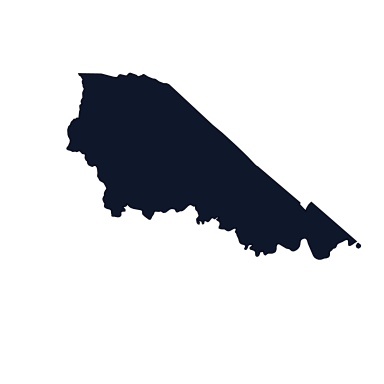 Kentucky, Natural Earth projection, rotated 221°
{"feature_id": "USA-3548", "entity_name": "Kentucky", "entity_type": "State", "adm_level": 1, "iso_a3": "USA", "parent_name": "United States of America", "parent_adm1": "", "projection": "natural_earth1", "projection_center": [-85.417, 37.822], "detail": "fine", "context": "isolated", "style": "filled", "palette": "ink", "viewbox_px": 384, "rotation_deg": 221, "n_neighbors": 0, "source": "natural_earth", "source_scale": "10m", "svg_char_len": 6039}
<svg xmlns="http://www.w3.org/2000/svg" viewBox="0 0 384 384"><g transform="rotate(221 192 192)"><path d="M43.1,258.5L44.3,257.9L45.2,256.5L46.3,253.4L48.1,249.7L48.4,248.3L48.4,247.1L47.7,245.3L47.6,244.2L47.8,243.5L48.8,242.2L48.9,241.6L48.8,239.9L49.2,237.6L49.0,236.7L47.5,235.0L46.7,233.7L46.7,232.3L47.6,230.7L49.1,229.0L50.6,226.3L51.0,225.8L52.5,224.5L54.3,223.8L56.3,223.5L58.4,223.9L70.0,229.5L73.1,231.5L74.8,232.0L76.4,231.8L77.6,230.5L78.6,228.4L78.6,226.7L77.8,225.1L76.5,223.2L75.6,221.4L75.3,219.5L75.5,217.4L76.3,215.2L76.8,214.5L77.4,213.9L78.1,213.5L79.0,213.4L80.9,213.4L81.6,213.2L84.1,211.8L92.0,210.4L93.4,209.5L93.7,208.0L92.8,205.7L91.3,204.1L90.6,202.6L90.3,201.6L90.6,200.4L91.2,199.2L91.7,198.5L94.1,196.4L94.8,195.7L95.2,194.5L95.3,193.5L95.5,192.8L96.4,192.6L97.2,192.9L98.7,193.9L99.5,194.1L99.7,193.7L101.7,191.6L100.4,188.4L100.3,187.7L100.6,186.6L101.3,186.1L102.2,186.3L103.0,187.0L103.7,187.8L104.3,188.4L105.1,188.8L106.1,189.0L106.9,188.9L108.6,188.3L109.0,188.3L109.4,187.9L110.1,187.5L110.8,187.5L111.3,187.9L111.4,188.6L110.9,190.3L111.0,191.2L112.0,191.8L113.3,191.3L114.4,190.1L114.8,188.7L114.6,187.6L113.9,186.0L113.7,184.8L113.8,184.2L114.2,183.8L114.6,183.8L114.9,183.9L115.1,184.3L115.1,185.2L115.2,185.7L116.7,187.1L118.3,186.8L120.1,185.8L121.9,185.4L122.8,185.6L123.8,186.1L124.7,186.7L125.5,187.3L126.3,187.8L129.2,189.0L130.7,190.0L131.1,190.2L131.7,190.4L132.5,190.4L133.0,190.6L133.2,191.1L133.3,191.7L133.5,192.3L134.1,193.1L135.0,193.7L136.3,192.8L137.0,191.6L138.2,188.3L138.7,187.4L139.2,186.8L139.8,186.4L140.6,186.1L143.0,185.8L143.6,185.5L144.6,184.6L146.2,183.4L147.8,182.8L148.5,183.7L148.8,185.1L149.7,186.6L151.0,187.6L152.5,187.9L154.4,187.5L155.2,187.7L154.7,188.8L154.4,189.7L155.0,190.3L156.0,190.3L156.9,189.7L157.3,188.6L157.3,187.6L157.5,186.8L159.8,186.3L160.4,185.8L160.5,185.0L160.4,181.5L160.6,180.4L161.1,179.9L162.1,179.8L163.0,179.5L163.8,178.9L163.9,177.7L163.7,177.1L162.9,176.3L162.8,175.7L163.0,175.2L163.5,175.3L164.0,175.5L164.4,176.2L165.0,176.4L166.0,176.3L167.8,175.5L168.5,174.7L168.2,174.3L167.3,174.0L166.4,173.5L165.9,172.5L166.4,172.2L167.3,172.3L168.1,172.6L170.3,174.4L170.6,175.0L170.5,177.2L170.6,178.0L170.9,178.8L171.6,179.4L173.3,180.3L174.0,180.8L174.8,181.3L177.0,181.4L177.9,181.7L179.6,183.4L180.5,184.1L180.9,183.7L181.3,182.8L182.3,182.5L184.4,182.1L184.9,181.8L185.3,181.4L185.6,181.0L185.9,180.5L186.3,179.1L186.7,174.1L186.9,173.0L187.3,171.8L187.9,170.9L188.6,170.5L189.0,170.0L189.9,167.8L190.5,167.2L191.0,167.2L192.0,167.5L192.3,167.7L192.5,168.2L193.0,168.2L194.6,167.7L195.4,167.3L196.9,166.1L197.9,164.3L198.9,159.6L200.1,158.1L201.0,157.8L202.8,157.6L203.5,157.2L204.1,156.2L204.7,155.6L207.0,153.9L207.6,153.2L207.8,152.2L206.9,150.1L206.5,146.8L206.2,146.1L205.9,145.0L205.9,144.0L206.7,143.5L211.6,143.1L214.3,143.2L215.0,143.6L216.5,145.2L217.3,145.7L219.0,145.3L225.2,141.6L227.9,140.5L229.4,140.3L232.9,140.6L233.4,140.3L232.8,138.6L233.1,137.6L233.7,136.8L234.3,135.9L234.4,135.2L233.4,134.8L231.6,134.7L230.9,134.4L230.4,133.7L230.8,133.2L232.3,131.8L232.7,130.8L232.5,129.9L231.9,129.1L230.7,127.9L230.6,126.2L231.8,124.8L235.0,122.9L235.7,122.2L236.1,121.9L236.6,121.7L237.0,121.9L237.5,122.7L238.4,123.2L240.6,125.4L242.4,125.6L246.0,123.9L247.8,123.6L248.7,124.1L249.3,125.1L249.8,126.0L250.3,126.5L251.1,126.6L252.1,127.0L253.9,127.9L254.6,128.6L255.0,129.5L255.3,130.5L255.4,131.4L255.6,132.1L257.1,133.7L257.5,134.6L257.8,135.6L258.0,136.6L258.0,137.9L258.4,138.8L259.3,139.5L264.1,141.3L265.0,141.4L268.8,140.6L269.8,140.8L271.5,141.6L273.4,142.1L274.0,142.9L274.6,143.8L275.2,144.7L278.1,147.5L279.8,148.6L281.7,149.0L282.5,148.8L283.3,148.1L283.8,147.3L284.0,146.3L284.5,145.9L287.4,145.0L288.4,145.1L289.3,145.4L290.1,146.0L290.8,146.7L291.2,146.9L292.7,146.8L293.3,147.0L294.5,147.5L295.0,147.9L295.3,148.3L296.4,149.9L296.9,150.5L297.2,150.6L298.7,150.3L299.3,149.8L299.9,149.4L300.9,149.4L302.8,149.7L303.7,149.7L304.5,149.2L304.8,148.7L305.3,147.6L305.5,147.2L305.8,146.9L307.0,146.5L308.8,144.5L309.7,144.3L310.8,144.1L313.3,142.8L314.4,142.6L314.9,143.0L315.1,143.8L315.1,144.8L315.2,145.9L316.3,149.4L317.6,151.4L319.4,152.4L321.4,153.1L323.0,154.1L326.1,157.2L326.6,157.9L327.3,159.6L327.7,160.3L327.6,162.9L328.5,165.0L328.7,166.1L328.5,168.0L328.6,169.4L328.4,169.6L327.5,169.9L327.4,170.0L327.3,170.5L327.4,171.4L327.3,171.9L326.8,172.4L325.9,173.1L325.8,173.4L325.8,173.9L326.1,174.4L329.3,178.9L329.6,179.4L330.0,180.6L330.3,181.0L332.6,183.0L333.0,183.5L333.2,183.9L333.2,184.4L332.5,185.6L332.5,185.9L332.8,186.2L334.5,187.4L335.0,187.9L335.5,188.9L335.8,190.9L336.0,191.7L336.1,191.9L338.8,194.6L339.4,195.4L339.7,195.9L339.7,196.5L340.4,198.3L340.6,199.1L340.8,199.3L341.2,199.6L342.8,200.2L343.5,200.6L343.9,201.0L344.8,202.3L345.2,202.1L345.5,202.1L346.9,203.3L347.2,203.7L347.5,204.2L347.5,204.5L347.5,205.0L347.8,205.4L348.3,205.7L351.7,206.8L352.3,206.8L353.5,206.5L354.0,206.6L354.8,207.0L338.4,220.8L337.4,221.5L326.5,226.9L324.4,228.3L323.6,229.1L323.3,229.6L323.3,229.9L323.4,230.8L323.5,232.0L323.4,232.6L323.1,233.1L323.0,233.3L322.5,233.6L318.8,235.5L317.7,236.2L317.3,236.7L317.1,237.1L317.1,238.8L317.1,239.6L316.8,240.4L316.5,240.9L315.8,241.2L310.6,243.3L308.8,243.3L308.2,243.5L307.4,244.4L306.6,246.1L305.7,247.3L305.8,248.3L305.7,248.5L305.1,248.9L300.7,249.6L296.3,251.1L294.6,252.0L294.1,252.5L293.3,252.8L289.2,253.2L285.4,254.6L285.1,254.6L284.3,255.0L282.4,256.7L281.3,257.2L279.7,257.6L220.2,255.6L207.1,255.9L188.2,255.4L179.7,255.0L173.2,254.6L162.7,253.6L160.8,253.5L158.9,253.9L104.0,254.5L103.8,254.6L103.5,254.4L103.1,253.4L102.8,253.1L102.5,252.9L94.0,252.1L93.8,252.1L93.7,252.2L93.7,252.5L93.8,253.0L94.6,255.5L95.1,258.3L95.2,259.1L95.1,261.0L95.0,262.3L35.8,262.3L36.0,261.6L36.7,259.2L36.8,258.3L37.5,256.3L37.9,255.4L38.2,255.1L38.7,254.9L39.7,255.8L40.7,257.0L41.8,258.1L43.1,258.5ZM32.8,262.1L30.0,262.2L29.6,261.7L29.2,261.1L29.6,259.2L31.0,258.6L32.5,259.3L33.0,261.4L32.8,262.1Z" fill="#0f172a" stroke="#020617" stroke-width="1.5"/></g></svg>